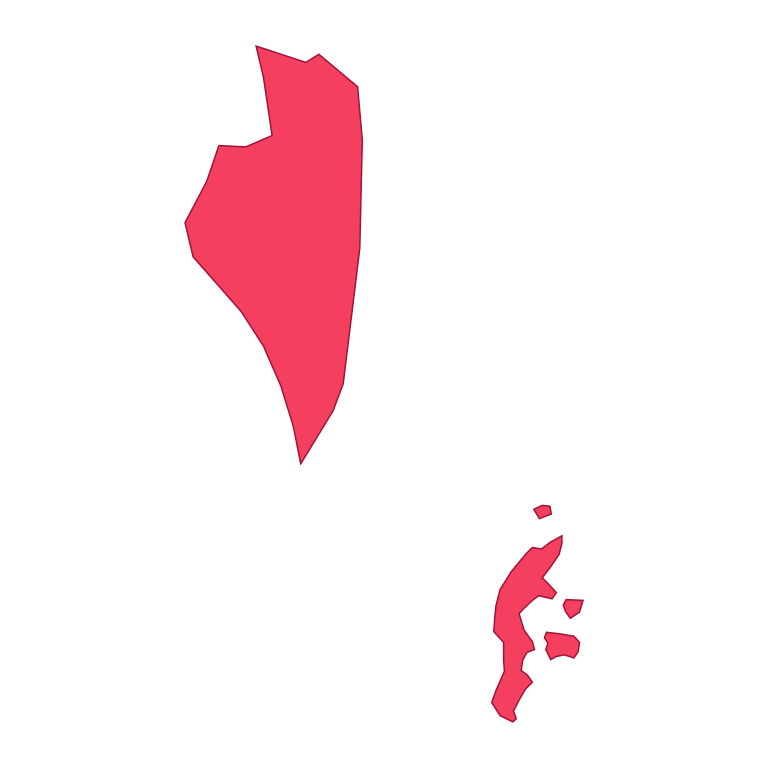 an SVG outline of Al Janūbīyah
{"feature_id": "BHR-4926", "entity_name": "Al Janūbīyah", "entity_type": "Governorate", "adm_level": 1, "iso_a3": "BHR", "parent_name": "Bahrain", "parent_adm1": "", "projection": "orthographic", "projection_center": [50.722, 25.854], "detail": "fine", "context": "isolated", "style": "filled", "palette": "rose", "viewbox_px": 768, "rotation_deg": 0, "n_neighbors": 0, "source": "natural_earth", "source_scale": "10m", "svg_char_len": 1234}
<svg xmlns="http://www.w3.org/2000/svg" viewBox="0 0 768 768"><path d="M357.6,86.8L362.3,139.7L359.8,248.2L343.2,383.8L333.1,410.7L300.9,463.6L300.7,463.8L293.4,426.6L280.8,385.8L263.4,346.0L241.3,311.7L193.1,256.8L185.0,222.7L206.7,181.4L212.8,163.5L218.9,145.6L245.8,146.9L272.1,135.5L263.4,77.0L256.1,46.1L305.8,62.4L318.9,54.3L357.6,86.8ZM532.4,547.5L541.5,549.0L550.6,542.0L561.9,535.8L561.9,543.5L559.1,554.4L550.6,566.9L542.2,577.8L547.8,583.3L556.3,592.6L552.1,598.8L538.7,595.7L532.4,600.4L523.3,609.0L519.1,613.7L524.0,630.0L532.4,641.7L534.5,649.5L526.8,652.6L522.6,660.4L521.2,670.5L527.5,675.2L532.4,682.2L525.4,689.2L519.1,700.1L513.5,711.0L516.3,718.8L512.8,721.9L500.1,715.7L491.7,702.5L495.9,690.8L504.4,671.3L503.6,659.6L503.6,642.5L493.8,631.6L494.5,620.7L495.9,605.9L500.1,589.5L511.3,571.6L526.1,553.7L532.4,547.5ZM553.5,633.1L560.5,633.9L573.9,636.2L579.5,642.4L578.1,651.8L573.9,658.0L569.7,656.5L564.0,654.9L556.3,656.5L550.7,659.6L545.8,649.5L547.9,643.2L544.4,637.8L546.5,632.3L553.5,633.1ZM566.1,599.6L583.0,600.4L579.5,612.1L570.3,618.3L565.4,611.3L563.3,605.1L566.1,599.6ZM533.8,509.3L542.2,505.4L549.9,506.2L551.3,514.0L539.4,518.6L533.8,509.3Z" fill="#f43f5e" stroke="#9f1239" stroke-width="1.5"/></svg>